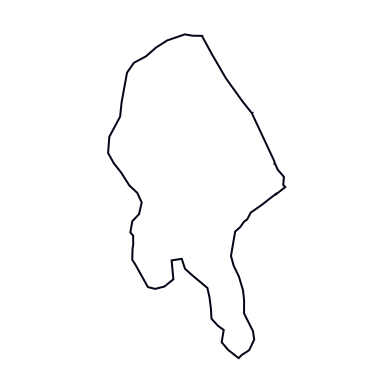 Leksand, Dalarna, Sweden, rotated 100°
{"feature_id": "70781695B69535190961561", "entity_name": "Leksand", "entity_type": "district", "adm_level": 2, "iso_a3": "SWE", "parent_name": "Sweden", "parent_adm1": "Dalarna", "projection": "orthographic", "projection_center": [15.093, 60.74], "detail": "fine", "context": "isolated", "style": "outline", "palette": "ink", "viewbox_px": 384, "rotation_deg": 100, "n_neighbors": 0, "source": "geoboundaries", "source_scale": "gbopen_adm2", "svg_char_len": 1171}
<svg xmlns="http://www.w3.org/2000/svg" viewBox="0 0 384 384"><g transform="rotate(100 192 192)"><path d="M36.5,209.1L38.0,218.8L38.0,226.4L47.0,242.7L56.1,252.6L66.3,260.8L74.9,271.7L82.7,275.3L85.7,276.7L99.8,276.8L115.6,276.9L130.2,275.9L140.5,279.2L151.9,283.0L168.2,281.4L177.4,273.9L185.1,265.2L196.4,254.9L202.4,245.7L211.1,239.7L223.0,240.3L231.1,245.7L242.5,245.7L245.2,242.4L253.8,240.8L257.0,240.7L258.2,240.7L269.0,239.1L270.0,238.2L273.9,234.7L281.9,228.2L293.3,218.9L293.8,211.4L289.9,202.8L281.2,195.2L262.9,200.2L259.6,190.5L268.8,185.6L274.2,176.9L283.8,160.2L292.9,156.4L303.7,153.1L313.4,150.8L319.2,143.3L322.4,136.8L334.8,136.7L341.2,129.1L347.5,117.2L343.7,114.6L343.2,114.0L337.8,108.2L326.5,105.1L318.4,107.8L308.3,115.4L302.4,119.7L289.5,121.9L279.9,124.7L267.0,131.2L257.3,138.2L248.2,142.5L235.3,142.6L223.4,142.6L218.0,138.3L212.1,135.6L209.6,133.0L209.8,133.0L202.1,130.6L192.9,121.4L179.3,109.1L179.7,108.9L170.9,101.0L169.2,103.4L161.1,104.1L155.1,111.5L148.6,115.8L148.8,115.9L147.5,116.2L104.2,146.6L103.9,146.5L104.0,146.7L94.3,157.7L74.2,178.3L52.5,196.6L36.8,209.1L36.5,209.1Z" fill="none" stroke="#020617" stroke-width="2"/></g></svg>